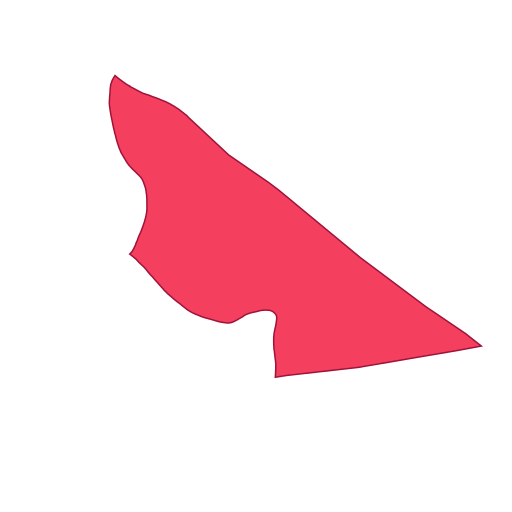 Al Abr, Hadramawt, Yemen, rotated 223°
{"feature_id": "15242507B3031648883440", "entity_name": "Al Abr", "entity_type": "district", "adm_level": 2, "iso_a3": "YEM", "parent_name": "Yemen", "parent_adm1": "Hadramawt", "projection": "robinson", "projection_center": [47.548, 15.923], "detail": "fine", "context": "isolated", "style": "filled", "palette": "rose", "viewbox_px": 512, "rotation_deg": 223, "n_neighbors": 0, "source": "geoboundaries", "source_scale": "gbopen_adm2", "svg_char_len": 5010}
<svg xmlns="http://www.w3.org/2000/svg" viewBox="0 0 512 512"><g transform="rotate(223 256 256)"><path d="M151.9,189.8L105.2,244.3L104.0,245.8L101.9,248.7L85.9,269.6L69.8,290.8L64.3,298.0L44.5,323.9L29.8,343.8L45.6,342.5L49.6,342.2L83.8,336.9L96.9,334.8L148.9,329.2L178.4,326.0L284.4,319.7L297.6,318.3L304.9,317.2L344.8,311.3L354.2,311.3L363.7,311.3L380.5,311.3L398.4,311.3L399.3,311.3L400.3,311.3L401.2,311.4L402.3,311.5L410.6,310.8L412.2,310.7L412.7,310.6L413.4,310.5L413.8,310.4L416.1,310.0L417.8,309.7L420.0,309.2L421.8,308.8L422.3,308.7L424.1,308.2L425.6,307.7L426.1,307.6L427.2,307.3L428.6,306.7L429.2,306.5L429.5,306.4L431.2,305.7L432.3,305.3L432.8,305.1L434.7,304.4L436.7,303.6L438.7,302.7L439.4,302.4L440.2,302.0L441.9,301.4L443.5,300.8L444.4,300.4L445.2,300.0L445.8,299.7L446.7,299.3L448.2,298.6L449.7,297.9L450.2,297.7L464.2,293.9L464.3,294.2L465.9,293.7L467.2,293.4L468.2,293.2L470.0,293.0L472.0,292.7L474.1,292.5L474.7,292.4L476.5,292.2L477.0,292.2L478.6,292.0L479.7,292.0L480.5,291.9L482.2,291.8L482.1,291.4L482.0,291.1L481.7,289.2L481.4,288.2L481.3,287.5L480.7,285.7L479.9,284.0L479.5,283.0L479.2,282.4L478.2,280.9L477.5,280.0L477.0,279.3L476.5,278.6L475.9,277.9L475.3,277.2L474.8,276.7L474.1,275.8L473.4,274.9L472.3,273.4L471.4,272.3L470.8,271.6L469.3,269.8L468.0,268.2L466.8,267.1L465.6,265.9L465.4,265.8L465.2,265.6L464.0,264.7L462.4,263.4L460.9,262.2L459.4,261.0L457.9,259.9L455.9,258.5L455.6,258.2L454.2,257.3L453.4,256.7L452.7,256.2L452.0,255.7L451.2,255.1L450.3,254.5L449.5,253.9L447.5,252.5L445.5,251.2L443.6,249.9L443.3,249.7L441.8,248.8L440.8,248.2L440.1,247.7L439.0,247.0L438.3,246.5L436.5,245.4L434.9,244.5L434.5,244.2L432.9,243.4L431.1,242.4L430.4,242.0L429.0,241.3L427.3,240.6L426.6,240.2L425.7,239.8L424.0,239.2L423.7,239.2L422.5,238.8L421.4,238.5L420.9,238.3L419.6,237.9L419.3,237.8L417.6,237.4L415.8,236.8L415.3,236.7L414.1,236.4L412.9,236.1L412.3,236.0L411.2,235.8L410.5,235.7L408.7,235.6L407.9,235.5L406.9,235.4L405.2,235.3L403.4,235.3L401.6,235.3L400.6,235.3L400.0,235.2L399.0,235.2L397.9,235.2L396.9,235.2L396.1,235.1L395.4,235.1L394.4,235.0L392.6,234.7L391.1,234.3L390.9,234.2L390.5,234.0L389.4,233.6L387.8,232.8L387.4,232.6L386.1,231.9L384.6,231.1L383.8,230.7L382.9,230.1L381.4,229.1L380.7,228.5L380.0,227.9L378.7,226.8L378.3,226.6L377.3,225.7L375.9,224.4L374.4,223.0L373.3,221.8L371.8,220.2L370.4,218.7L369.0,217.3L368.5,216.7L367.7,215.9L367.2,215.2L366.7,214.5L365.5,213.0L364.7,211.6L364.5,211.4L363.5,209.8L362.6,208.1L361.6,206.2L360.7,204.5L360.5,204.0L359.9,202.6L359.3,201.3L359.1,200.9L358.7,199.8L358.3,199.0L358.2,198.7L357.6,197.4L357.5,197.0L357.0,195.8L356.2,193.7L355.9,192.4L355.6,191.7L354.9,189.8L354.2,188.1L353.3,186.1L352.8,184.4L352.3,183.1L352.1,182.8L351.3,180.8L351.2,180.3L350.8,179.1L350.4,177.7L350.2,177.0L350.0,175.9L349.7,174.9L349.7,174.7L349.7,173.2L349.7,172.9L349.7,171.3L349.1,171.4L348.8,171.4L347.3,171.5L345.4,171.7L345.1,171.7L343.4,171.7L342.6,171.8L341.6,171.9L340.7,171.8L339.4,171.7L338.4,171.6L337.4,171.5L335.5,171.5L334.7,171.5L333.3,171.5L332.6,171.5L331.4,171.5L329.3,171.4L328.5,171.3L327.4,171.2L326.1,171.0L325.5,170.9L324.6,170.7L323.4,170.6L321.8,170.4L319.9,170.2L318.2,170.2L317.4,170.1L316.4,170.0L315.5,169.9L314.6,169.8L312.8,169.6L310.9,169.5L309.1,169.3L306.8,169.0L305.1,168.9L303.2,168.7L301.1,168.5L300.5,168.4L299.1,168.3L297.0,168.3L294.8,168.2L292.7,168.3L292.1,168.3L290.7,168.4L289.1,168.4L286.3,168.5L283.8,168.7L282.3,168.8L281.7,168.9L280.0,169.1L279.9,169.1L277.9,169.3L277.2,169.3L276.2,169.3L274.4,169.5L273.8,169.5L272.1,169.7L271.9,169.7L270.1,169.8L267.9,170.2L266.9,170.4L265.9,170.6L263.7,171.2L262.0,171.7L260.5,172.2L258.6,173.0L258.3,173.1L256.7,173.7L255.9,174.0L255.2,174.2L253.5,175.0L252.9,175.2L251.9,175.7L249.9,176.7L249.2,177.1L248.0,177.7L246.3,178.7L245.3,179.1L244.7,179.5L244.3,179.7L242.2,180.7L241.2,181.2L240.6,181.5L239.0,182.3L238.3,182.7L237.6,183.1L236.1,184.0L234.4,185.2L233.8,185.6L232.9,186.3L232.4,186.6L231.5,187.3L231.0,187.7L230.3,188.4L229.7,189.2L229.1,189.8L228.1,191.5L227.6,192.7L227.4,193.1L226.7,195.1L226.2,196.5L226.0,197.2L225.5,198.9L224.9,200.8L224.3,202.6L224.0,204.4L223.4,206.3L222.5,208.2L221.9,209.2L221.6,209.9L220.6,211.5L219.6,213.0L218.3,214.8L217.1,216.6L216.1,218.3L215.1,219.7L213.8,221.2L212.3,222.8L210.8,224.1L209.5,225.2L208.3,225.9L208.0,226.0L206.4,226.7L204.6,226.9L202.9,226.9L201.2,226.6L200.2,226.1L199.6,225.8L198.3,224.5L197.8,223.9L197.7,223.7L196.7,222.4L196.3,221.7L195.6,220.8L194.9,219.8L194.7,219.4L193.9,218.2L193.6,217.7L192.7,216.1L191.5,214.1L191.0,213.3L190.2,212.0L189.7,211.4L189.2,210.7L188.6,209.9L188.1,209.2L186.6,207.5L185.2,206.0L183.7,204.4L182.2,202.9L180.7,201.5L179.9,200.7L179.4,200.2L177.8,199.0L176.6,198.0L176.4,197.8L175.0,196.6L174.9,196.5L173.6,195.4L172.2,194.2L171.7,193.8L170.6,192.9L169.2,191.7L168.7,191.2L167.7,190.4L166.7,189.2L166.3,188.7L165.1,187.5L164.4,186.6L163.9,186.1L163.3,185.4L162.5,184.5L159.2,180.5L151.9,189.8Z" fill="#f43f5e" stroke="#9f1239" stroke-width="1.5"/></g></svg>